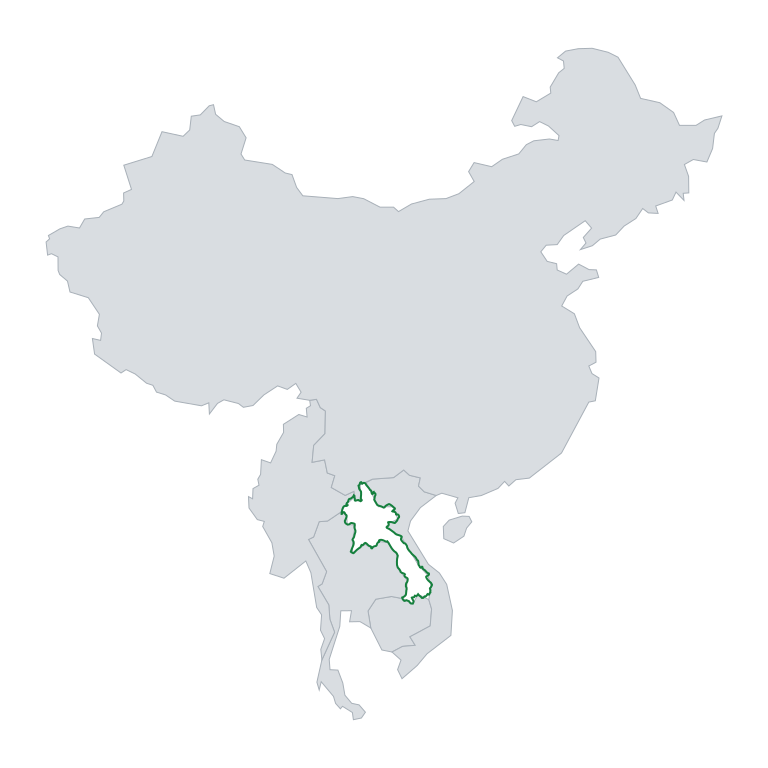 Laos shown with its bordering countries
{"feature_id": "LAO", "entity_name": "Laos", "entity_type": "country or territory", "adm_level": 0, "iso_a3": "LAO", "parent_name": "Asia", "parent_adm1": "", "projection": "natural_earth1", "projection_center": [103.796, 18.208], "detail": "fine", "context": "with_neighbors", "style": "outline", "palette": "green", "viewbox_px": 768, "rotation_deg": 0, "n_neighbors": 5, "source": "natural_earth", "source_scale": "50m", "svg_char_len": 9704}
<svg xmlns="http://www.w3.org/2000/svg" viewBox="0 0 768 768"><path d="M370.8,628.0L368.0,611.0L375.8,599.2L391.4,596.5L402.7,598.6L412.7,604.1L418.1,594.4L428.8,599.6L431.6,609.0L430.2,625.9L409.9,636.8L415.2,645.3L402.5,646.4L392.0,652.0L381.9,650.0L370.8,628.0Z" fill="#d9dde1" stroke="#a8b0b8" stroke-width="1"/><path d="M402.7,598.6L391.4,596.5L375.8,599.2L368.0,611.0L370.8,628.0L360.0,621.6L349.6,621.8L351.5,610.7L340.8,610.8L339.8,626.3L329.2,659.4L330.0,669.7L337.9,670.1L342.8,683.0L344.9,695.2L351.7,703.3L359.1,704.9L365.4,712.2L361.4,718.0L353.4,719.7L352.4,712.5L342.5,706.3L340.4,708.8L335.6,703.4L333.5,696.4L321.2,681.7L319.2,690.0L316.9,682.2L321.9,659.9L334.6,632.2L329.9,619.3L328.8,604.9L317.9,586.5L322.1,583.9L326.6,571.6L308.5,539.5L313.6,537.0L319.2,521.7L327.6,521.0L341.5,511.6L346.7,516.0L347.3,524.5L355.4,525.1L352.4,540.1L352.6,552.7L365.3,544.3L368.9,546.8L375.9,546.4L378.4,541.5L387.4,542.4L396.6,553.9L397.3,567.9L407.1,580.2L406.6,592.2L402.7,598.6Z" fill="#d9dde1" stroke="#a8b0b8" stroke-width="1"/><path d="M341.5,511.6L327.6,521.0L319.2,521.7L313.6,537.0L308.5,539.5L326.6,571.6L322.1,583.9L317.9,586.5L328.8,604.9L329.9,619.3L334.6,632.2L321.9,659.9L320.8,649.4L324.6,638.6L320.5,630.2L321.6,614.8L316.7,607.5L310.9,572.7L305.8,561.0L284.0,578.2L269.8,573.6L274.2,556.1L271.9,542.8L262.7,526.5L264.3,521.4L257.3,519.6L249.0,508.0L248.5,496.6L252.6,498.8L253.0,488.6L259.0,485.2L257.8,479.2L260.6,474.4L261.4,459.7L270.6,462.9L276.1,451.2L276.8,444.3L283.6,432.4L283.4,424.3L298.8,414.5L307.1,417.0L306.3,408.3L310.5,405.7L309.7,400.3L316.5,399.3L320.3,407.6L325.4,411.0L325.0,433.6L313.7,445.4L312.1,462.3L324.6,459.9L327.3,473.0L334.8,475.7L331.3,487.5L345.2,495.4L354.0,491.3L354.3,497.2L344.1,506.4L341.5,511.6Z" fill="#d9dde1" stroke="#a8b0b8" stroke-width="1"/><path d="M392.0,652.0L402.5,646.4L415.2,645.3L409.9,636.8L430.2,625.9L431.6,609.0L428.8,599.6L430.9,585.4L427.9,575.4L418.7,565.6L401.1,536.4L386.7,527.9L390.1,522.8L397.8,519.1L393.1,506.8L378.4,506.7L366.2,482.6L372.6,479.1L393.6,477.6L403.7,470.0L409.5,475.3L420.3,477.9L418.5,486.1L424.2,491.8L436.2,495.5L420.4,507.6L410.5,521.0L407.9,530.9L428.4,564.3L439.4,573.0L446.7,584.4L452.4,610.5L450.9,635.4L427.0,653.8L417.2,665.5L402.0,678.7L397.6,669.6L401.0,660.1L392.0,652.0Z" fill="#d9dde1" stroke="#a8b0b8" stroke-width="1"/><path d="M453.6,543.0L443.8,538.7L443.3,526.5L449.2,520.1L462.2,516.1L469.1,516.4L471.8,521.8L466.6,528.1L463.9,536.2L453.6,543.0ZM123.8,201.0L123.6,193.0L131.5,189.4L123.8,165.2L151.9,156.5L162.0,131.7L183.1,136.3L189.7,130.0L191.3,116.2L200.3,114.9L209.2,105.8L213.5,104.7L215.6,114.3L224.2,121.5L239.3,126.7L246.1,137.8L241.0,154.0L244.7,160.0L272.3,164.4L285.2,173.0L292.0,174.6L296.6,187.4L302.8,195.8L337.9,198.6L352.7,196.6L363.7,198.7L380.1,207.2L393.6,207.2L398.5,211.6L411.5,204.0L429.4,199.2L446.0,198.6L458.9,193.7L474.2,181.5L468.6,171.6L474.1,162.6L491.7,166.7L502.4,159.3L518.8,153.9L526.3,144.7L533.8,140.8L549.4,139.0L558.1,140.5L559.0,135.6L548.5,126.0L539.6,121.6L531.6,126.7L520.8,124.5L514.7,126.3L511.7,120.6L523.1,96.6L536.3,101.8L550.8,93.1L550.2,87.1L558.7,72.8L564.2,68.4L563.5,61.0L557.5,57.8L565.6,51.1L578.3,48.7L592.2,48.3L608.2,52.3L618.0,57.2L635.2,85.0L640.6,98.4L659.8,102.7L673.6,112.5L679.5,125.4L696.0,125.4L704.6,120.0L721.9,115.9L717.9,128.3L714.4,133.4L712.6,148.5L706.9,162.0L693.3,159.5L684.4,164.5L688.6,176.4L688.8,192.9L683.2,193.3L684.0,200.4L676.0,192.1L672.3,200.0L655.7,206.0L658.1,213.4L648.4,212.9L642.7,208.5L635.9,218.5L624.2,226.0L615.7,235.0L600.2,239.1L592.4,245.7L580.4,249.6L586.0,243.0L583.3,237.5L591.6,228.1L585.2,220.7L563.7,235.5L557.2,244.6L546.2,245.2L540.8,251.8L547.2,261.4L556.6,263.7L557.2,270.0L566.5,274.2L578.6,264.1L589.0,269.6L596.4,269.9L598.7,277.4L582.8,281.3L577.9,288.9L567.1,296.0L561.7,306.0L574.4,313.8L579.6,327.7L595.7,351.6L596.0,362.2L588.8,366.0L592.0,373.6L599.0,378.0L595.3,400.8L588.8,402.1L561.5,453.0L529.3,478.1L515.9,479.7L508.8,486.0L504.6,481.4L498.0,488.4L481.4,495.5L468.8,497.7L464.9,512.7L458.3,513.5L455.1,503.2L457.9,497.8L441.8,493.2L436.2,495.5L424.2,491.8L418.5,486.1L420.3,477.9L409.5,475.3L403.7,470.0L393.6,477.6L372.6,479.1L360.0,484.7L361.7,500.9L355.4,500.5L354.0,491.3L345.2,495.4L331.3,487.5L334.8,475.7L327.3,473.0L324.6,459.9L312.1,462.3L313.7,445.4L325.0,433.6L325.4,411.0L320.3,407.6L316.5,399.3L309.7,400.3L297.0,398.2L301.1,392.2L295.8,383.4L287.3,389.4L277.6,385.9L263.9,394.9L253.0,405.5L243.4,407.3L238.4,403.5L223.9,399.8L217.5,403.4L209.4,414.0L208.8,402.8L201.5,405.8L174.7,401.1L165.5,394.9L156.5,392.1L152.9,385.3L146.5,383.2L135.2,374.0L126.1,369.6L121.0,373.0L94.6,354.1L92.4,338.5L100.6,340.4L101.5,333.1L97.4,325.9L99.4,314.3L88.3,297.7L70.0,292.0L67.5,281.1L59.7,274.5L58.1,270.4L58.0,256.9L51.5,253.7L47.6,255.1L46.1,242.0L49.6,238.8L48.4,235.5L59.8,228.9L67.9,226.1L79.5,228.0L84.7,219.0L99.2,217.4L103.7,211.8L121.9,204.2L123.8,201.0Z" fill="#d9dde1" stroke="#a8b0b8" stroke-width="1"/><path d="M365.6,483.8L366.3,485.1L367.7,486.7L369.4,488.8L369.9,489.8L371.0,490.5L371.4,491.3L371.6,492.4L371.7,493.3L372.0,493.8L372.4,494.0L372.9,493.7L373.3,493.3L373.6,492.0L373.8,491.9L374.2,492.9L374.5,493.1L375.0,493.2L375.4,493.7L375.5,494.5L375.4,495.3L374.9,496.2L374.7,497.1L374.5,498.6L374.2,499.6L374.6,500.5L377.2,504.9L378.5,505.6L381.5,506.5L382.6,507.1L383.6,507.6L384.5,507.4L385.4,506.1L386.5,505.3L388.6,504.2L389.1,504.1L390.3,504.6L392.1,505.9L393.4,507.1L394.3,507.8L394.9,508.4L394.8,509.0L394.3,509.7L393.7,510.0L392.8,510.6L392.3,511.3L392.6,511.5L393.9,511.7L395.3,512.2L395.8,512.9L395.9,513.4L396.0,514.3L396.3,514.6L397.7,514.4L398.1,514.7L398.6,515.1L399.1,516.3L399.0,517.3L398.1,518.3L397.7,518.9L397.5,519.8L396.8,521.0L395.0,522.9L394.5,523.0L391.1,522.0L389.5,522.0L388.7,522.1L388.3,522.1L388.1,522.5L388.6,523.7L388.7,524.9L388.3,525.7L387.1,526.5L386.7,526.9L386.6,527.4L387.0,527.9L388.0,528.4L389.2,528.9L393.3,531.9L394.2,532.6L395.3,533.7L396.5,534.5L399.9,535.5L401.3,536.2L401.7,536.6L401.7,537.1L401.3,537.7L401.0,538.8L401.0,539.5L401.3,540.1L401.9,541.0L403.2,542.5L403.9,543.2L404.7,543.3L405.4,543.7L406.2,544.7L407.0,546.1L407.1,547.0L407.5,548.2L408.3,549.6L409.3,550.9L410.8,552.5L411.7,553.7L412.1,554.1L415.2,556.9L416.0,558.0L417.1,560.0L417.6,560.3L418.0,560.6L418.3,561.7L418.4,562.5L418.6,564.9L419.2,565.7L419.7,566.5L419.9,567.2L420.4,567.6L420.9,567.7L421.5,567.2L422.0,566.7L422.3,566.8L422.8,568.5L423.2,569.1L424.1,569.7L424.9,570.2L426.7,572.2L427.6,573.0L428.3,573.2L428.9,573.5L429.0,574.2L428.8,574.8L428.4,575.2L426.4,576.4L426.1,576.9L426.4,577.7L426.9,578.7L427.5,579.5L428.2,580.4L429.6,581.7L430.9,582.7L431.6,583.9L432.0,584.7L431.8,585.6L431.2,586.6L430.8,587.5L430.1,588.0L429.9,588.6L430.2,589.5L430.5,590.1L430.3,590.9L430.4,592.5L429.8,593.0L429.2,594.5L428.7,594.6L427.7,594.0L427.3,594.3L426.7,595.4L425.5,596.5L424.9,596.5L424.5,596.4L424.1,596.9L423.4,597.8L423.1,597.8L422.0,598.0L421.6,597.7L421.0,596.9L420.1,596.2L419.3,595.6L418.9,595.3L418.5,594.7L418.1,594.2L417.5,595.1L416.4,596.0L415.3,595.8L414.8,595.7L414.4,596.9L414.1,597.2L412.2,597.4L411.8,597.6L412.2,598.7L413.3,600.6L413.6,601.7L412.9,603.5L411.0,603.5L410.1,602.8L409.3,601.7L409.0,601.2L406.5,600.2L404.8,600.9L404.3,600.9L403.5,600.1L403.0,599.6L402.5,598.8L402.3,597.9L402.2,597.5L403.0,597.2L404.2,596.5L405.1,595.8L405.8,594.9L406.0,594.1L406.1,593.1L406.3,590.5L406.6,589.2L406.5,587.7L405.9,586.5L405.9,584.7L406.1,583.8L406.2,583.2L406.9,582.4L407.4,581.4L407.7,580.0L407.7,579.0L407.5,578.4L406.8,577.8L405.6,577.2L404.8,576.5L404.5,575.7L404.5,575.0L404.9,574.3L404.0,573.6L401.8,572.8L400.6,571.9L400.3,570.8L399.4,569.3L397.8,567.5L397.0,565.0L396.9,561.6L397.1,558.9L397.8,555.7L396.8,553.5L395.8,552.3L394.4,551.4L393.1,550.1L391.8,548.5L390.3,546.0L388.5,542.8L387.3,541.3L386.7,541.7L385.5,541.4L383.5,540.4L381.8,539.9L380.4,539.9L379.4,540.1L379.0,540.6L378.9,541.0L379.3,541.5L379.1,541.9L378.3,542.2L377.7,542.7L377.0,543.9L376.6,545.4L375.8,546.0L374.7,546.2L373.6,546.6L372.6,547.4L372.0,547.9L372.1,548.3L371.9,548.4L371.3,548.2L371.1,547.7L371.1,546.9L370.6,546.3L369.5,546.1L368.2,545.2L366.7,543.7L365.7,543.0L365.2,542.9L364.4,543.4L363.3,544.7L362.5,545.2L361.8,544.9L361.2,545.4L360.9,546.5L360.2,547.4L358.7,548.4L358.6,548.5L356.9,549.8L355.5,551.2L353.9,552.9L353.2,553.2L352.5,552.8L351.4,552.3L350.8,551.7L351.9,548.7L353.3,545.4L353.7,543.8L353.7,542.7L353.6,541.8L353.1,540.8L352.6,540.1L352.5,539.6L352.7,539.1L353.3,538.3L354.0,537.1L354.6,534.6L355.4,532.0L355.4,530.4L354.7,528.7L354.4,527.0L354.7,524.8L354.6,523.9L353.9,523.5L351.6,523.0L350.9,523.1L350.3,523.4L349.7,524.0L349.0,524.4L347.6,524.6L346.2,523.8L345.1,522.6L344.8,521.0L345.7,519.1L346.3,517.6L346.6,516.3L346.6,515.6L346.3,515.0L346.0,514.9L345.3,514.1L344.6,512.7L343.9,512.1L343.3,512.2L342.7,512.7L342.2,513.7L341.8,514.0L341.5,513.9L341.6,513.0L341.7,512.2L342.4,509.2L343.2,507.2L344.1,506.2L345.0,505.9L346.1,506.0L346.9,505.8L347.6,505.3L347.6,505.1L346.7,505.0L346.4,504.5L346.6,503.5L347.0,502.8L347.5,502.5L348.1,501.5L348.6,499.8L349.3,498.9L350.0,498.9L351.3,498.2L353.1,496.7L353.8,495.3L354.5,496.0L354.3,497.6L354.6,497.9L354.8,498.5L354.7,499.4L354.8,500.2L355.1,500.6L355.5,500.7L357.4,500.1L358.6,500.0L359.1,500.5L359.6,500.7L360.1,500.9L360.6,501.2L360.8,501.1L361.5,500.5L361.7,500.3L361.7,500.0L361.3,499.4L360.8,498.9L360.8,497.8L361.0,495.8L361.1,494.8L361.1,492.3L361.0,491.6L360.5,490.8L359.4,489.3L359.1,488.4L358.9,487.5L358.9,486.9L358.6,486.2L358.5,485.6L359.0,485.3L359.6,484.5L359.9,483.4L360.2,482.6L360.7,482.3L361.0,482.2L361.3,482.2L362.2,483.7L363.5,482.9L364.4,482.9L365.2,483.3L365.6,483.8Z" fill="none" stroke="#15803d" stroke-width="2"/></svg>